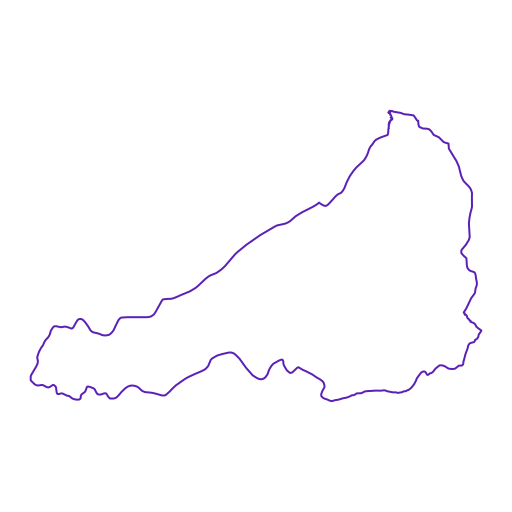 Non Din Daeng, Buri Ram, Thailand
{"feature_id": "78962969B2279704281351", "entity_name": "Non Din Daeng", "entity_type": "district", "adm_level": 2, "iso_a3": "THA", "parent_name": "Thailand", "parent_adm1": "Buri Ram", "projection": "mercator", "projection_center": [102.673, 14.254], "detail": "fine", "context": "isolated", "style": "outline", "palette": "violet", "viewbox_px": 512, "rotation_deg": 0, "n_neighbors": 0, "source": "geoboundaries", "source_scale": "gbopen_adm2", "svg_char_len": 6010}
<svg xmlns="http://www.w3.org/2000/svg" viewBox="0 0 512 512"><path d="M389.9,110.9L390.1,111.7L388.8,111.8L388.6,112.2L389.4,112.3L388.9,112.9L388.9,113.1L389.4,113.2L390.0,113.1L390.3,114.2L390.2,114.7L390.7,114.9L391.2,115.9L391.3,116.5L391.7,117.2L391.2,117.5L391.6,117.8L391.5,118.1L392.0,118.3L392.2,118.6L391.3,119.0L391.2,119.4L391.7,119.2L391.9,119.6L390.9,120.3L390.2,120.6L390.2,121.6L389.4,122.0L389.5,123.7L389.3,123.8L388.9,123.5L388.7,124.3L388.9,125.4L388.7,125.8L388.9,126.3L388.6,127.2L388.9,128.1L388.3,129.2L388.3,131.7L387.9,134.2L387.5,135.0L381.6,137.1L379.1,138.1L375.8,139.9L374.5,141.2L372.4,144.3L370.4,146.7L369.0,149.5L367.9,153.0L366.8,155.6L365.0,158.8L363.7,160.6L356.3,167.5L353.5,170.8L350.5,175.1L349.5,176.7L346.7,182.2L344.5,187.9L343.0,190.5L341.4,192.5L340.4,193.2L338.5,194.0L337.2,194.8L335.0,196.9L330.0,202.6L327.6,205.0L326.3,205.7L325.4,205.9L324.2,205.7L321.5,204.4L319.1,202.7L316.3,204.8L312.3,207.1L302.4,212.1L297.6,215.0L295.6,216.3L289.9,221.3L287.6,222.6L286.1,223.3L284.5,223.8L276.8,225.5L274.0,227.0L260.4,235.0L246.6,244.6L237.4,252.1L234.9,254.5L224.8,266.3L221.3,269.5L219.4,270.9L216.4,273.0L210.4,275.4L208.5,276.5L205.2,279.1L199.1,284.9L195.9,287.7L190.5,291.0L188.6,291.9L181.5,294.8L177.3,296.7L173.0,298.4L170.1,298.9L167.7,298.9L163.6,299.3L162.7,299.6L162.0,300.4L155.4,312.3L154.0,314.3L153.2,315.0L150.9,316.5L149.2,316.9L147.0,317.2L127.2,317.2L121.2,317.6L120.4,318.0L119.8,318.6L118.5,320.0L115.2,326.7L114.1,329.2L113.4,330.5L112.0,332.3L110.4,333.9L109.2,334.7L108.4,335.0L106.0,335.4L103.9,335.4L102.4,335.1L98.0,333.4L93.5,332.4L91.8,331.6L90.4,330.2L88.1,326.3L85.5,322.7L83.4,320.3L82.5,319.6L81.1,319.0L79.1,319.1L78.6,319.3L77.5,320.2L76.5,321.7L73.2,327.6L71.9,328.5L70.7,328.4L69.6,327.8L65.9,326.7L63.9,326.7L61.7,327.2L60.9,327.2L55.9,326.2L54.1,326.4L52.9,327.5L51.0,330.4L50.5,331.8L49.8,334.4L48.8,336.4L47.9,337.6L45.7,339.9L44.4,342.0L43.0,345.2L40.9,348.2L39.1,351.6L37.9,354.8L37.2,357.6L37.9,361.1L37.6,363.4L36.2,366.5L31.1,375.2L30.7,376.4L30.7,379.7L30.7,380.2L31.1,380.8L34.7,384.3L36.2,385.1L37.2,385.4L38.4,385.5L41.4,385.0L42.6,385.1L43.6,385.4L46.6,387.1L48.6,387.4L49.7,387.0L52.5,385.2L53.3,384.9L53.7,385.0L54.5,385.5L55.8,386.9L56.1,388.1L56.6,392.0L56.9,393.0L57.4,393.9L58.4,394.1L61.4,393.4L62.3,393.4L66.9,395.6L69.3,396.1L71.5,397.9L72.6,398.6L74.7,399.3L76.1,399.6L78.9,399.6L79.6,399.3L80.3,398.7L80.7,397.9L80.8,395.7L81.3,394.8L81.9,394.1L84.6,392.2L85.6,390.7L86.8,387.3L87.3,386.7L88.0,386.5L89.9,386.9L93.5,388.3L94.3,388.9L94.9,389.6L96.0,391.9L96.8,393.2L97.4,394.0L98.2,394.4L99.4,394.6L101.3,394.4L104.3,393.3L105.8,393.3L106.7,394.1L107.9,396.2L109.1,397.7L109.8,398.4L110.6,398.5L113.8,398.5L115.7,397.9L116.4,397.5L118.3,395.7L121.6,391.8L125.7,387.9L128.4,386.3L129.9,385.8L131.6,385.5L134.7,385.8L136.3,386.3L138.2,387.3L142.3,391.0L145.1,392.1L149.5,392.5L152.6,392.9L157.1,394.0L161.6,395.4L164.4,395.5L166.0,394.8L169.7,391.5L172.4,388.6L175.8,385.4L185.2,378.8L188.4,377.0L194.0,374.4L201.7,371.1L204.4,369.7L205.8,368.7L207.3,367.1L208.3,365.8L210.6,360.2L211.5,359.0L212.7,358.1L216.7,355.8L219.2,354.9L222.4,354.0L227.7,352.8L229.2,352.5L231.2,352.5L233.4,353.2L234.6,353.9L238.2,357.3L239.8,359.1L245.9,367.6L252.6,375.3L257.0,378.1L259.2,379.0L261.6,379.3L263.2,378.8L264.7,377.9L265.6,377.0L267.6,374.2L268.6,371.1L269.8,368.4L271.7,365.5L273.4,363.7L279.1,360.5L280.8,359.8L282.0,359.6L282.7,360.0L283.3,361.3L283.4,363.9L284.2,366.0L287.0,370.5L289.8,372.8L290.6,372.9L292.3,372.4L297.2,367.8L298.0,367.3L298.9,367.5L302.5,369.7L305.7,371.1L312.2,374.4L316.7,377.5L320.1,379.4L322.4,381.1L323.4,382.4L323.9,383.5L324.4,385.1L324.5,386.5L324.4,387.2L322.2,391.4L321.4,393.6L321.2,394.4L321.3,395.9L321.6,396.5L322.3,397.2L323.5,398.1L324.7,398.7L327.0,399.4L330.1,400.8L331.9,401.1L335.4,400.1L338.3,399.7L343.3,398.2L345.3,397.9L347.3,397.4L349.8,396.4L351.6,395.4L352.5,395.2L353.7,395.2L355.1,394.5L356.7,393.4L361.4,393.2L364.7,391.5L366.4,391.2L376.0,390.6L381.1,390.7L383.6,390.3L385.1,390.4L387.8,391.4L389.2,391.6L390.9,392.0L393.4,392.4L395.7,392.3L397.7,392.9L401.6,392.3L404.1,391.3L405.8,391.2L407.2,390.3L408.5,390.0L411.3,387.8L414.2,384.1L416.0,380.6L416.8,378.4L421.0,372.7L422.9,371.6L423.5,371.5L424.8,371.6L425.4,372.0L427.1,374.7L427.6,374.9L428.1,374.8L430.0,373.4L431.5,373.0L432.3,372.4L433.4,371.4L435.4,368.7L439.2,365.6L439.9,365.3L441.5,365.3L443.4,365.7L444.9,366.3L448.2,368.4L449.1,368.7L452.2,369.0L454.7,368.8L455.5,368.3L458.8,365.7L459.4,365.6L461.6,365.6L462.4,365.1L463.0,364.5L463.2,363.9L463.6,360.8L463.9,360.2L465.5,354.0L467.4,349.0L468.3,345.4L469.1,344.1L469.7,343.5L470.6,343.0L474.0,342.1L474.6,341.4L475.0,340.1L475.5,339.7L476.8,339.0L478.2,337.2L478.7,334.7L479.1,333.9L479.9,333.0L481.3,330.7L481.1,330.3L480.7,330.0L478.0,328.1L476.2,326.5L475.6,324.9L474.2,323.3L473.2,322.8L470.6,321.8L470.5,320.8L469.8,320.7L469.5,320.3L469.1,319.4L467.9,318.5L467.2,317.5L467.0,316.3L466.5,315.4L466.0,314.9L465.2,314.9L464.9,314.6L464.7,314.3L464.8,313.5L463.9,312.9L463.8,312.3L466.2,308.6L471.1,298.3L474.5,293.7L475.1,292.0L475.6,288.4L476.6,285.8L476.9,283.9L476.8,282.0L476.0,278.4L475.7,275.4L475.1,273.4L474.3,272.3L473.3,271.8L471.0,271.1L469.7,270.5L469.0,270.0L467.5,268.0L467.2,267.0L466.9,265.5L466.4,258.4L466.0,257.8L464.4,256.5L462.3,254.3L461.3,252.9L461.3,251.9L461.3,250.9L461.5,250.2L462.0,249.4L466.0,244.6L468.7,240.2L469.7,237.2L468.9,223.1L469.5,217.8L470.5,212.7L471.6,208.7L472.0,206.5L471.9,197.6L472.0,193.0L471.1,190.0L470.1,188.0L468.7,186.3L465.8,183.4L463.4,180.7L462.3,178.5L461.2,175.9L458.8,166.3L456.3,160.8L448.9,148.7L448.5,143.6L445.4,142.7L443.6,142.0L438.9,137.3L433.7,134.9L431.1,131.1L429.0,129.2L426.9,128.7L422.9,128.5L419.5,127.0L418.9,126.2L418.6,124.7L418.4,124.4L418.3,121.9L418.0,121.4L418.1,120.8L417.3,120.5L416.8,120.1L415.2,117.6L413.6,115.4L408.3,114.6L404.8,114.3L403.6,114.0L400.7,112.9L393.5,111.7L392.3,111.1L389.9,110.9Z" fill="none" stroke="#5b21b6" stroke-width="2"/></svg>